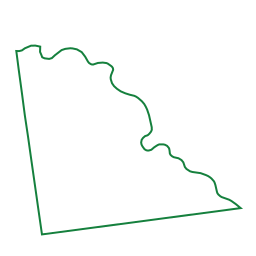 the district of Platte, Missouri, United States of America, rotated 172°
{"feature_id": "52423323B635722871414", "entity_name": "Platte", "entity_type": "district", "adm_level": 2, "iso_a3": "USA", "parent_name": "United States of America", "parent_adm1": "Missouri", "projection": "natural_earth1", "projection_center": [-94.851, 39.343], "detail": "fine", "context": "isolated", "style": "outline", "palette": "green", "viewbox_px": 256, "rotation_deg": 172, "n_neighbors": 0, "source": "geoboundaries", "source_scale": "gbopen_adm2", "svg_char_len": 1570}
<svg xmlns="http://www.w3.org/2000/svg" viewBox="0 0 256 256"><g transform="rotate(172 128 128)"><path d="M228.0,34.6L27.6,33.0L31.7,37.5L35.7,41.3L37.8,42.9L44.9,46.6L46.2,47.7L47.8,49.6L48.5,50.9L48.8,52.4L49.4,59.4L49.9,62.1L50.4,63.4L52.4,66.4L53.7,67.8L55.3,69.2L57.3,70.5L62.4,73.2L70.4,75.5L72.6,76.5L75.8,79.3L77.1,81.5L78.0,86.3L79.5,88.8L81.1,90.1L82.2,91.0L86.7,92.7L88.2,93.8L89.5,95.3L90.1,96.8L90.0,99.8L90.1,101.8L90.4,102.7L91.8,104.9L92.8,105.6L93.5,106.1L93.8,106.3L95.2,106.8L99.4,107.4L100.9,107.0L102.3,106.4L104.8,105.2L107.9,103.2L110.6,102.8L111.9,103.0L113.0,103.4L114.6,104.7L116.2,107.7L116.9,109.7L117.0,111.8L116.1,114.4L114.5,116.1L112.2,117.6L109.9,118.0L109.0,118.4L107.6,119.4L105.7,121.2L104.9,122.5L104.6,123.3L104.6,123.8L104.4,125.4L105.4,137.8L106.0,140.9L106.5,143.6L107.4,146.5L108.6,149.5L110.5,152.5L113.8,156.3L115.6,157.9L117.3,159.0L121.6,160.7L125.8,162.7L130.1,165.3L133.5,168.4L136.0,171.4L137.6,174.6L138.3,178.7L138.2,180.4L137.5,182.6L134.6,187.7L134.6,189.3L135.2,190.7L135.9,191.6L139.1,194.6L140.3,195.3L143.9,196.3L148.7,196.6L153.7,195.7L155.1,196.0L156.0,196.5L157.5,197.8L158.4,199.3L160.5,204.6L163.3,209.6L167.7,213.0L171.8,214.5L174.0,215.0L179.1,215.1L182.9,214.4L190.1,210.3L193.7,207.8L196.5,207.4L200.9,208.6L203.1,210.0L203.7,212.7L204.5,215.6L203.6,220.8L208.3,222.5L212.6,223.0L219.0,221.3L222.3,219.6L225.1,219.3L227.9,219.8L228.0,209.7L228.1,201.6L228.2,176.3L228.3,165.8L228.4,154.9L228.2,132.9L228.2,114.1L228.1,71.5L228.1,64.4L228.0,34.6Z" fill="none" stroke="#15803d" stroke-width="2"/></g></svg>